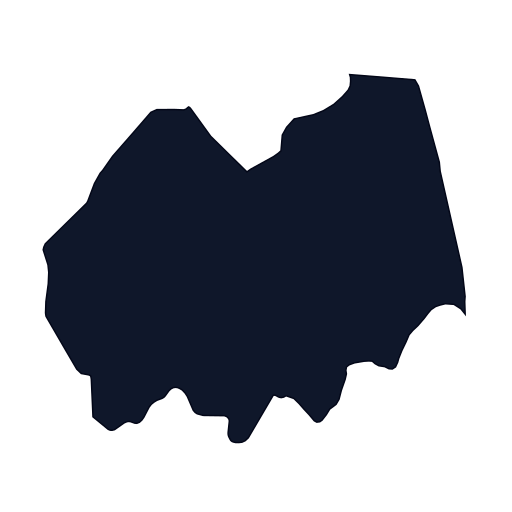 an SVG outline of South Kordufan, rotated 184°
{"feature_id": "SDN-882", "entity_name": "South Kordufan", "entity_type": "State", "adm_level": 1, "iso_a3": "SDN", "parent_name": "Sudan", "parent_adm1": "", "projection": "equal_earth", "projection_center": [29.886, 11.03], "detail": "fine", "context": "isolated", "style": "filled", "palette": "ink", "viewbox_px": 512, "rotation_deg": 184, "n_neighbors": 0, "source": "natural_earth", "source_scale": "10m", "svg_char_len": 2221}
<svg xmlns="http://www.w3.org/2000/svg" viewBox="0 0 512 512"><g transform="rotate(184 256 256)"><path d="M439.6,149.2L461.2,181.1L461.4,181.8L461.8,183.5L462.0,184.8L462.4,196.0L461.3,213.8L461.6,225.2L462.9,232.7L468.7,247.3L468.3,250.0L467.0,253.5L447.8,275.2L428.6,296.9L427.6,299.0L422.2,317.1L417.2,327.7L414.9,330.7L406.0,345.5L388.4,368.7L370.9,392.0L365.1,395.1L347.6,396.4L338.3,396.7L337.3,397.1L335.7,397.9L334.7,399.1L333.6,400.0L332.5,399.5L331.2,398.2L309.5,372.2L290.2,355.7L270.9,339.3L267.2,342.3L245.4,356.4L240.9,360.1L238.4,362.7L238.2,378.5L234.4,386.6L227.5,395.4L208.6,400.9L198.8,405.7L188.8,412.8L187.1,414.6L180.9,421.0L175.6,427.9L173.9,432.2L173.8,436.9L174.2,440.8L175.2,443.5L142.4,443.2L109.8,442.8L105.8,436.9L97.5,413.7L91.9,397.3L79.7,362.4L78.2,353.4L49.8,259.0L44.6,230.2L44.6,229.8L44.6,225.1L43.3,212.6L47.9,217.6L55.2,221.6L63.8,221.6L69.0,219.9L73.3,218.1L77.6,214.7L80.6,210.6L84.0,205.4L89.6,197.9L94.4,192.7L97.8,188.1L100.4,180.6L103.9,171.9L106.5,163.8L107.3,159.8L109.1,155.1L112.1,152.8L115.5,152.8L119.8,154.6L125.8,155.1L129.7,156.9L132.7,159.2L136.1,159.2L140.8,158.6L150.3,156.3L155.4,154.0L158.0,151.7L158.4,148.2L157.6,144.7L158.5,139.0L161.5,128.0L163.2,118.8L165.8,113.6L168.4,111.3L171.8,108.4L174.8,102.6L178.7,96.8L180.8,95.1L183.8,94.5L186.4,95.7L192.0,101.5L197.5,106.6L202.7,111.8L208.2,116.5L216.3,118.7L218.5,117.2L220.9,116.5L222.9,116.7L224.5,117.3L226.1,118.1L227.5,118.5L229.1,118.3L251.0,74.1L253.9,71.0L257.0,69.3L260.2,68.7L263.2,68.5L265.7,68.9L266.9,69.3L267.7,69.8L268.3,70.3L269.1,71.4L270.6,73.9L271.1,75.2L271.4,76.5L271.5,78.2L271.1,89.1L271.3,90.7L272.1,92.1L274.0,93.8L276.4,94.5L297.6,93.3L303.7,94.5L305.8,95.7L307.8,97.7L314.7,111.1L317.1,114.3L320.2,117.2L323.0,118.6L325.1,119.3L327.2,119.4L329.4,118.9L331.5,117.6L333.4,115.6L336.7,110.3L337.6,109.1L338.5,108.3L340.0,107.3L344.7,105.2L347.4,103.3L350.1,100.8L352.1,97.8L356.6,87.4L358.4,84.4L360.7,82.0L363.2,80.8L365.3,80.8L369.6,82.0L371.5,82.1L373.3,81.7L375.8,80.4L385.0,72.9L387.5,72.1L389.4,72.1L391.4,72.8L407.4,84.2L411.7,121.7L412.1,123.4L412.6,124.9L413.7,125.5L414.9,125.8L422.1,126.6L426.9,130.6L439.6,149.2Z" fill="#0f172a" stroke="#020617" stroke-width="1.5"/></g></svg>